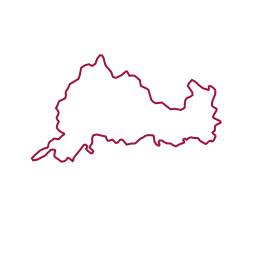 Harim, Idlib, Syria, rotated 39°
{"feature_id": "27442178B79082810780972", "entity_name": "Harim", "entity_type": "district", "adm_level": 2, "iso_a3": "SYR", "parent_name": "Syria", "parent_adm1": "Idlib", "projection": "mercator", "projection_center": [36.609, 36.125], "detail": "fine", "context": "isolated", "style": "outline", "palette": "rose", "viewbox_px": 256, "rotation_deg": 39, "n_neighbors": 0, "source": "geoboundaries", "source_scale": "gbopen_adm2", "svg_char_len": 4671}
<svg xmlns="http://www.w3.org/2000/svg" viewBox="0 0 256 256"><g transform="rotate(39 128 128)"><path d="M176.6,53.6L176.3,52.7L175.7,50.8L175.1,48.7L174.6,47.2L173.7,45.7L172.9,44.5L171.8,43.6L170.2,43.2L167.6,43.2L165.6,43.5L165.0,44.1L164.6,44.9L165.9,46.4L166.7,47.6L165.3,48.4L163.3,49.0L162.2,49.7L160.0,50.0L156.5,50.1L155.1,50.1L153.1,49.7L150.7,49.8L148.6,50.1L147.4,50.5L147.3,54.3L147.3,54.5L147.3,54.9L148.0,57.7L151.3,58.6L155.6,59.9L156.2,60.5L157.4,61.7L157.4,61.8L157.3,62.2L157.3,62.4L157.2,62.8L157.0,63.8L155.4,67.0L154.9,67.9L154.9,68.0L154.9,68.5L154.9,69.0L155.0,69.9L155.8,71.8L155.9,72.0L156.0,72.2L157.3,73.9L159.2,76.5L159.0,77.4L158.8,78.4L157.5,80.8L152.3,83.6L149.2,86.7L146.3,86.7L143.1,86.8L139.2,86.8L138.5,86.8L138.4,86.8L134.0,91.3L132.8,91.5L132.4,91.6L131.1,91.8L128.2,91.4L122.5,87.3L121.9,86.9L121.3,86.5L120.1,85.6L119.7,85.6L118.5,85.5L118.3,85.5L111.6,87.2L106.9,83.3L105.5,83.3L105.1,83.3L103.6,83.2L100.5,83.2L98.6,84.2L98.3,84.5L98.2,84.6L96.2,86.5L94.9,85.9L93.4,85.3L91.8,84.7L91.7,84.7L90.9,85.3L90.5,86.6L90.2,88.3L89.9,90.3L89.7,90.9L89.5,91.5L88.5,93.7L87.9,94.9L87.4,96.2L86.5,96.9L86.2,97.1L85.9,97.2L83.9,97.7L83.6,97.5L83.3,97.3L82.7,96.9L82.1,96.5L81.3,96.1L79.6,95.0L72.8,93.9L72.5,93.9L69.7,92.6L67.5,90.9L65.3,89.2L65.0,89.1L62.3,87.9L60.4,89.1L60.4,93.3L60.6,93.8L61.8,97.4L62.2,98.6L62.1,98.8L61.5,101.2L61.4,101.6L61.4,101.8L60.7,102.4L60.1,102.5L59.3,102.7L57.6,103.0L56.9,103.8L56.6,104.2L56.4,104.6L56.0,105.1L55.3,106.0L54.9,107.1L53.7,110.5L57.4,117.6L58.6,121.1L55.1,130.6L55.4,131.5L56.4,135.0L56.5,136.2L56.6,136.6L56.6,136.8L56.6,137.6L56.7,138.3L57.1,139.2L57.6,140.1L57.8,140.3L59.3,141.8L60.5,144.5L60.1,145.4L58.0,149.7L57.7,150.3L57.6,150.7L58.9,154.9L59.5,156.9L59.5,158.0L61.6,158.3L64.2,159.5L65.2,161.0L65.8,163.9L66.1,165.0L68.0,166.1L70.2,166.5L70.3,166.8L70.6,168.2L70.9,169.8L71.0,169.9L72.1,172.1L72.7,172.8L76.0,173.4L78.2,173.3L78.8,173.2L80.4,172.9L81.4,172.6L81.5,172.6L81.9,172.6L82.3,173.3L82.2,174.0L81.6,175.8L81.4,177.2L81.3,177.8L81.3,178.6L81.3,179.1L81.3,180.1L80.4,180.9L77.9,182.3L76.9,183.2L76.9,183.7L76.9,184.9L75.8,187.9L75.9,188.8L76.3,190.4L77.7,192.8L77.5,194.5L75.9,196.6L74.6,198.9L74.6,199.0L73.7,201.3L73.4,203.7L72.8,207.2L72.3,212.0L74.7,212.8L77.3,209.8L78.9,206.1L81.1,201.2L81.2,198.2L81.6,195.3L81.7,193.7L82.3,192.9L83.2,192.0L85.3,191.1L85.9,191.9L87.5,194.9L88.1,195.9L89.3,196.5L94.8,196.2L97.6,196.0L99.3,194.0L100.0,192.0L99.9,189.9L100.2,188.8L102.8,188.4L104.8,188.7L105.8,188.6L105.8,187.6L104.7,186.0L104.6,183.2L104.5,180.6L104.6,177.1L104.6,176.9L104.4,172.1L104.3,169.2L105.3,167.7L107.7,167.7L108.5,169.4L108.5,170.6L110.5,171.1L115.4,171.0L116.2,169.9L115.7,168.0L114.6,167.6L113.1,167.5L110.6,167.5L110.1,166.8L109.8,162.7L108.4,160.5L107.6,159.7L106.8,158.9L106.3,157.7L105.8,156.4L105.7,155.6L105.7,155.2L106.3,154.5L107.7,152.8L116.1,148.6L116.4,148.8L118.6,150.1L118.8,150.2L120.7,150.5L121.8,149.1L123.1,146.9L125.6,147.1L128.1,147.3L128.3,147.0L129.1,145.8L129.3,142.5L129.5,142.1L130.2,140.9L132.2,140.7L137.3,141.8L137.7,141.3L138.7,140.1L139.3,139.4L140.4,137.9L142.4,136.4L142.7,136.0L143.4,135.1L143.6,133.5L144.0,130.3L144.7,127.6L144.8,127.4L145.7,125.9L146.4,123.2L147.0,122.3L147.3,121.8L149.1,120.1L150.7,119.0L151.6,118.2L153.1,118.1L155.6,120.4L157.0,121.9L158.7,122.4L160.1,122.9L160.5,122.9L161.9,122.9L163.3,122.1L163.3,121.8L163.1,121.2L162.4,120.5L161.8,120.4L160.6,119.6L160.4,118.4L160.3,117.9L162.1,116.4L164.8,116.2L167.8,115.5L170.0,113.9L170.6,113.5L171.2,113.1L171.7,113.0L172.9,113.1L175.0,112.7L176.6,112.2L177.0,111.7L177.2,111.4L177.7,109.4L178.5,108.0L178.6,107.8L178.7,107.6L178.9,107.3L180.8,104.0L179.9,103.1L178.7,102.8L178.4,102.4L178.2,101.8L178.5,101.1L178.6,100.9L178.8,100.7L179.2,100.3L179.3,100.2L180.3,100.4L181.0,100.2L181.4,98.6L181.5,97.8L182.0,96.7L183.1,95.4L184.8,94.6L186.1,93.9L187.4,92.9L187.6,92.7L188.8,91.8L189.6,91.9L189.9,91.9L190.9,92.5L193.3,92.5L194.6,92.2L198.4,91.6L198.8,90.7L199.0,90.0L199.1,88.0L199.5,87.1L200.0,86.1L200.6,85.6L201.1,85.7L201.5,85.8L202.3,84.9L202.3,83.1L201.9,81.6L201.4,79.6L200.8,78.9L200.0,78.8L198.4,78.8L197.9,78.8L197.8,78.7L197.2,78.6L196.5,78.4L196.6,77.5L197.0,76.0L197.0,75.2L195.6,73.5L194.8,72.2L194.5,71.5L194.5,71.4L194.6,70.5L195.0,69.2L195.2,68.5L195.9,67.3L196.0,67.0L196.1,66.8L196.6,65.8L196.4,65.2L195.2,64.8L194.4,64.8L194.2,64.8L193.9,64.9L193.0,65.2L189.8,66.0L187.9,66.2L187.4,66.1L187.2,66.0L186.8,65.2L186.4,63.3L186.4,62.9L186.2,62.2L186.0,60.7L185.7,58.7L185.2,57.6L184.0,57.4L182.9,57.7L181.9,57.8L180.7,57.9L179.4,57.7L178.3,56.9L177.0,54.5L176.8,54.2L176.6,53.6Z" fill="none" stroke="#9f1239" stroke-width="2"/></g></svg>